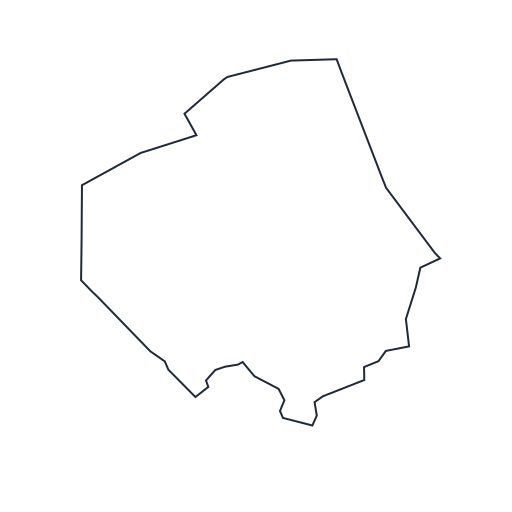 the district of Luzerne, Pennsylvania, United States of America, rotated 71°
{"feature_id": "52423323B94155406981668", "entity_name": "Luzerne", "entity_type": "district", "adm_level": 2, "iso_a3": "USA", "parent_name": "United States of America", "parent_adm1": "Pennsylvania", "projection": "albers", "projection_center": [-75.889, 41.165], "detail": "fine", "context": "isolated", "style": "outline", "palette": "slate", "viewbox_px": 512, "rotation_deg": 71, "n_neighbors": 0, "source": "geoboundaries", "source_scale": "gbopen_adm2", "svg_char_len": 720}
<svg xmlns="http://www.w3.org/2000/svg" viewBox="0 0 512 512"><g transform="rotate(71 256 256)"><path d="M82.6,159.4L77.4,224.7L78.4,228.6L98.2,277.3L122.4,273.0L121.0,331.6L132.4,397.5L183.8,415.6L222.0,429.3L237.3,422.1L243.0,419.1L268.2,407.3L311.8,386.9L326.0,376.5L334.9,375.9L369.6,359.2L364.3,343.7L357.4,343.8L350.5,331.5L350.6,321.2L352.8,308.5L351.9,303.2L369.2,296.6L389.0,277.9L401.6,276.1L410.4,283.8L417.9,283.2L434.6,257.9L426.7,250.5L413.3,248.2L410.4,238.5L408.5,194.0L396.2,190.0L395.3,174.4L388.0,164.1L391.3,140.7L364.4,134.8L337.8,115.1L320.5,104.4L318.2,82.7L311.6,85.8L298.6,90.0L233.9,110.8L223.8,111.3L111.3,115.3L96.2,115.7L82.6,159.4Z" fill="none" stroke="#1e293b" stroke-width="2"/></g></svg>